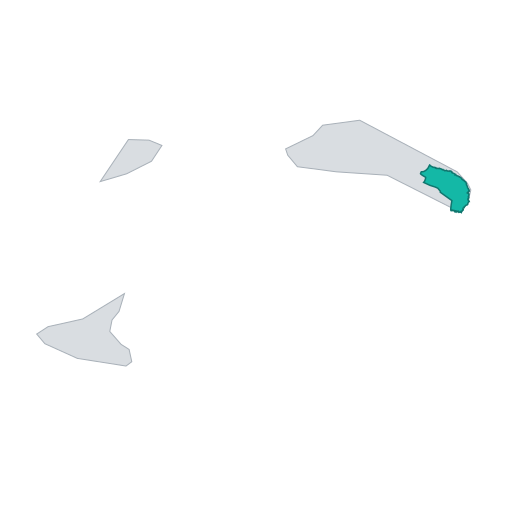 location of Mitsamiouli-Mboudé, Andjazîdja, Comoros, rotated 114°
{"feature_id": "10938185B67203865227918", "entity_name": "Mitsamiouli-Mboudé", "entity_type": "district", "adm_level": 2, "iso_a3": "COM", "parent_name": "Comoros", "parent_adm1": "Andjazîdja", "projection": "equal_earth", "projection_center": [43.317, -11.447], "detail": "fine", "context": "in_parent", "style": "filled", "palette": "teal", "viewbox_px": 512, "rotation_deg": 114, "n_neighbors": 0, "source": "geoboundaries", "source_scale": "gbopen_adm2", "svg_char_len": 4746}
<svg xmlns="http://www.w3.org/2000/svg" viewBox="0 0 512 512"><g transform="rotate(114 256 256)"><path d="M151.0,268.0L146.1,272.5L122.8,252.9L109.4,248.3L89.8,216.5L97.3,106.4L103.6,92.3L108.3,86.6L119.2,84.5L132.4,98.3L128.9,169.1L146.4,216.8L157.6,254.5L151.0,268.0ZM409.4,330.0L422.2,377.5L422.0,413.2L416.5,424.6L405.1,417.2L384.0,388.7L343.8,360.9L362.3,358.6L373.0,361.5L384.4,358.9L391.6,343.3L393.0,333.9L403.1,326.5L409.4,330.0ZM233.5,407.6L251.4,428.6L201.5,419.9L193.7,400.9L193.3,386.9L211.9,390.0L233.5,407.6Z" fill="#d9dde1" stroke="#a8b0b8" stroke-width="1"/><path d="M135.2,96.4L135.1,96.1L135.1,95.9L134.8,95.8L134.5,95.7L134.7,95.2L134.4,95.0L134.2,95.0L134.1,94.7L134.2,94.3L134.1,94.1L134.3,94.1L134.2,93.5L134.2,93.3L134.3,92.8L134.6,92.6L135.1,92.8L135.0,92.7L134.8,92.2L134.7,91.9L134.3,92.2L134.0,92.4L133.9,92.8L133.7,92.5L133.6,92.3L133.6,92.0L133.7,91.8L133.9,91.9L134.0,91.8L133.9,91.7L133.7,91.7L133.7,91.4L133.7,91.1L133.8,91.0L133.7,90.9L133.5,91.1L133.4,90.9L133.6,90.7L133.4,90.7L133.5,90.3L133.4,90.2L133.5,90.2L133.5,89.9L133.4,89.7L133.5,89.6L133.5,89.4L133.5,89.2L133.3,89.3L133.3,89.1L133.4,88.9L133.2,88.9L133.3,88.7L133.1,88.6L133.2,88.4L133.2,88.2L133.2,87.7L132.9,87.5L132.9,87.2L132.6,87.0L132.5,86.9L132.6,86.6L132.4,86.7L132.4,86.4L132.2,86.5L132.2,86.4L132.1,86.6L132.1,86.4L131.9,86.5L131.8,86.4L131.7,86.3L131.3,86.0L131.1,86.1L131.0,85.9L130.6,85.9L130.0,85.6L129.6,85.4L129.4,85.5L129.5,85.9L129.4,85.9L129.3,86.0L128.7,86.1L128.3,86.2L127.9,86.2L127.7,86.0L127.6,85.7L127.4,85.7L127.0,85.5L126.5,85.8L126.2,85.5L125.7,85.3L125.4,85.3L125.1,85.1L124.9,85.1L124.5,84.9L124.4,84.9L124.0,84.6L123.8,84.3L123.7,84.1L122.9,83.6L122.7,83.7L122.4,83.7L121.9,83.9L121.3,83.8L120.8,83.9L120.5,83.9L120.3,83.8L119.9,83.8L119.6,83.6L119.5,83.4L119.3,83.6L119.2,83.9L119.0,84.0L118.9,84.2L118.7,84.4L118.7,84.7L118.6,84.8L118.5,85.2L118.3,85.4L118.1,85.5L117.8,85.6L117.7,85.4L117.4,85.3L116.9,85.6L116.5,85.6L116.2,85.3L115.9,85.5L115.6,86.1L115.4,86.2L115.0,86.0L114.6,86.0L114.0,86.3L113.7,86.4L113.4,86.6L112.9,86.5L112.6,87.0L112.2,87.4L112.2,87.8L112.5,88.3L112.3,88.4L112.4,88.6L112.2,88.7L111.9,88.4L111.7,88.4L111.4,88.2L111.2,88.3L110.9,88.2L110.6,87.9L110.4,87.9L110.1,87.6L109.7,88.1L109.4,87.9L109.1,88.1L109.0,88.4L108.7,88.7L108.7,88.8L108.5,89.1L108.4,89.4L108.0,89.5L107.8,90.1L107.6,90.5L107.0,90.8L106.7,91.0L106.4,91.4L106.0,91.7L105.8,92.2L105.6,92.4L105.1,92.9L104.7,92.8L104.2,93.3L103.7,93.9L103.4,94.1L103.2,94.3L103.2,94.7L103.0,94.9L103.0,95.2L103.0,95.3L103.0,95.8L102.7,96.1L102.6,96.4L102.5,96.5L102.5,96.8L102.5,97.1L102.3,97.4L102.4,97.5L102.4,97.8L102.3,98.1L102.2,98.1L102.1,98.3L102.2,98.5L102.0,98.8L102.1,99.0L101.8,99.1L101.6,99.6L101.4,99.8L101.3,100.1L101.2,100.2L101.2,100.3L101.2,100.5L101.2,100.9L101.2,101.0L101.1,101.3L101.1,101.9L101.0,102.0L101.0,102.5L100.9,102.5L101.0,102.7L100.9,102.8L100.9,103.0L100.8,103.4L100.8,103.6L100.8,104.0L100.9,104.5L100.9,105.1L101.0,105.3L101.0,105.9L100.8,106.1L100.5,106.4L100.4,106.5L100.5,106.6L100.4,106.9L100.5,107.0L100.4,107.0L100.3,107.3L100.2,107.5L100.3,108.0L100.1,108.5L100.1,109.0L100.1,109.5L100.2,110.1L100.2,110.3L100.2,110.6L100.1,111.1L99.8,111.3L99.6,111.2L99.5,111.5L99.4,111.5L99.3,112.0L99.1,112.5L99.4,113.1L99.5,113.0L99.4,113.2L99.4,113.3L99.6,113.3L99.6,113.6L99.8,114.1L100.0,114.1L100.0,114.4L100.1,114.5L100.2,114.9L100.3,115.0L100.4,115.5L100.4,115.8L100.5,115.8L100.5,116.0L100.4,116.4L100.5,116.5L100.4,116.9L100.5,116.9L100.5,117.0L100.8,117.3L100.9,117.5L101.2,118.0L101.2,118.4L101.3,118.5L101.1,118.8L101.1,119.2L101.2,119.7L101.1,119.8L101.1,120.0L101.2,120.4L101.2,120.7L101.3,120.7L101.3,120.9L101.3,121.0L101.2,121.0L101.3,121.2L101.4,121.5L101.3,121.8L101.2,121.9L101.2,122.1L101.1,122.4L101.1,122.8L101.3,123.4L101.3,123.5L101.3,123.8L101.4,124.0L101.5,124.1L101.4,124.2L101.5,124.3L101.6,124.2L101.5,124.4L101.6,124.5L101.7,124.8L102.0,125.2L102.0,125.4L102.0,125.5L102.2,126.0L102.3,126.1L102.3,126.3L102.5,126.5L102.3,126.8L102.4,126.7L102.5,126.9L102.5,127.0L102.4,127.2L102.6,127.2L102.6,127.3L102.7,127.5L102.5,127.8L102.4,127.8L102.3,128.0L102.4,128.3L102.4,128.5L102.3,128.8L102.4,129.0L102.6,129.1L102.6,129.3L102.7,129.8L102.8,130.0L102.9,130.4L102.8,130.6L102.9,130.8L102.8,131.0L102.8,131.6L102.8,131.8L102.8,132.0L102.8,132.5L102.7,132.6L102.6,133.1L102.6,133.4L102.6,133.5L102.5,133.8L102.4,134.1L102.2,134.2L102.2,134.4L105.4,134.6L106.2,134.7L108.5,135.6L110.4,136.9L111.3,138.2L111.8,139.2L112.3,139.3L113.9,139.2L114.1,138.9L114.6,137.0L115.1,133.1L115.5,132.8L117.1,132.5L119.2,132.4L120.6,132.8L120.7,125.8L120.1,120.4L120.1,117.5L121.9,113.9L122.8,113.6L125.7,99.6L130.2,98.4L134.2,97.1L135.2,96.4Z" fill="#14b8a6" stroke="#0f766e" stroke-width="1.5"/></g></svg>